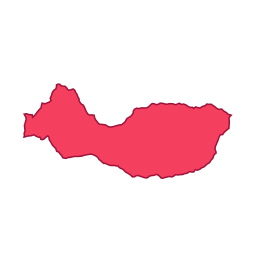 the district of Adamantina, São Paulo, Brazil, rotated 79°
{"feature_id": "56859067B23396794935323", "entity_name": "Adamantina", "entity_type": "district", "adm_level": 2, "iso_a3": "BRA", "parent_name": "Brazil", "parent_adm1": "São Paulo", "projection": "orthographic", "projection_center": [-51.067, -21.582], "detail": "fine", "context": "isolated", "style": "filled", "palette": "rose", "viewbox_px": 256, "rotation_deg": 79, "n_neighbors": 0, "source": "geoboundaries", "source_scale": "gbopen_adm2", "svg_char_len": 3075}
<svg xmlns="http://www.w3.org/2000/svg" viewBox="0 0 256 256"><g transform="rotate(79 128 128)"><path d="M169.4,46.3L167.7,46.2L165.7,46.7L163.0,45.9L161.2,44.6L159.8,43.8L158.3,42.7L156.5,41.6L154.6,40.6L152.2,38.7L152.6,36.4L150.5,34.3L149.6,32.6L148.6,31.1L147.6,29.0L145.4,28.5L141.7,27.4L138.9,27.1L137.3,27.0L136.2,25.8L135.1,24.2L134.2,26.0L133.4,27.4L131.8,28.3L130.7,29.6L129.3,31.0L127.3,32.4L127.0,35.4L125.5,37.3L124.0,38.4L122.4,40.0L120.5,41.9L120.3,43.8L119.5,46.1L120.8,47.9L121.0,50.7L122.2,53.7L121.1,55.9L120.2,57.7L121.3,59.8L120.0,60.7L119.7,62.7L118.8,64.3L117.7,65.5L116.4,66.7L115.1,68.8L115.0,71.2L113.5,72.8L113.9,74.9L114.3,76.8L112.7,79.5L112.0,82.9L112.1,85.3L111.4,87.3L110.3,89.5L109.7,91.8L110.4,93.4L110.6,95.5L109.1,97.9L108.6,99.6L109.8,101.7L111.2,103.9L111.8,106.1L111.6,107.7L111.1,109.6L110.8,111.7L111.0,113.7L110.2,115.7L110.9,118.2L112.5,119.6L114.4,120.1L115.8,121.5L117.1,123.1L117.8,125.3L118.4,127.0L119.7,128.3L121.3,129.6L122.6,131.8L123.6,133.8L123.3,135.8L123.5,138.6L123.8,141.6L123.8,144.7L123.1,146.9L121.8,148.2L120.6,149.7L119.7,152.2L119.1,154.2L118.6,155.7L116.1,157.0L113.5,158.4L111.4,158.8L109.0,158.8L108.2,161.1L108.0,163.2L106.5,164.9L103.9,165.8L101.9,166.3L100.1,166.6L98.3,167.1L96.7,167.8L95.7,169.2L93.7,170.2L92.1,170.8L89.9,170.5L87.8,171.3L85.1,171.7L82.9,172.7L81.0,172.9L79.2,174.4L79.6,177.2L79.7,179.0L78.2,180.1L76.4,180.8L74.9,182.0L74.5,184.2L73.5,185.7L72.0,186.7L71.6,188.4L72.0,190.0L73.7,190.3L75.8,191.3L76.5,193.0L77.9,194.9L79.6,196.0L81.6,197.0L84.0,198.7L86.5,198.3L87.5,200.3L88.4,204.7L87.2,207.6L89.4,208.7L91.4,209.4L92.5,210.9L94.1,212.9L95.8,214.9L97.5,216.7L99.2,219.5L96.8,219.5L95.9,222.7L94.6,224.9L94.6,227.3L96.4,226.7L98.5,226.1L100.3,226.4L102.3,227.5L104.0,228.2L105.6,229.2L107.6,229.3L109.1,229.5L110.9,229.5L113.5,231.0L115.3,231.1L117.1,231.8L116.8,228.7L116.8,227.1L117.1,225.2L116.8,221.3L118.1,220.3L119.5,218.4L120.5,216.0L122.5,215.7L123.2,214.1L122.7,212.3L121.4,210.4L120.4,208.2L122.3,207.3L124.5,207.6L126.4,206.7L130.3,205.5L134.3,202.9L137.3,202.4L138.6,200.4L140.1,199.9L141.4,199.0L142.8,198.3L144.9,197.6L146.0,194.7L145.5,192.2L145.8,190.6L145.7,188.3L145.7,186.0L146.2,183.6L146.6,180.9L146.8,178.4L146.4,176.3L146.4,173.2L146.5,170.8L146.7,168.8L148.0,166.6L149.2,165.0L151.1,163.3L153.4,162.4L155.0,161.0L156.6,159.9L158.2,158.5L158.4,156.8L159.9,155.0L161.1,153.0L161.8,151.0L162.1,148.8L162.8,147.2L163.4,145.2L165.3,143.9L166.4,142.7L167.2,141.1L169.1,139.9L171.1,138.4L172.8,136.3L174.6,134.5L176.8,133.1L177.1,130.9L176.5,129.3L176.5,127.5L177.4,125.7L178.4,124.0L179.6,121.8L180.5,119.8L180.5,118.1L179.4,116.5L179.2,114.3L179.4,111.7L179.0,108.6L181.5,106.0L183.2,105.3L183.9,103.8L183.7,101.3L183.6,99.5L183.4,97.1L184.4,94.3L184.0,92.4L182.9,90.3L183.6,87.9L183.8,85.2L184.1,83.0L183.6,81.3L183.7,78.8L182.6,75.8L183.3,74.0L183.7,71.9L181.8,69.9L182.7,67.6L182.0,64.8L181.1,63.3L180.8,61.2L179.8,59.3L178.5,57.2L177.6,54.6L175.6,52.8L173.9,50.5L172.3,49.6L170.6,48.5L169.4,46.3Z" fill="#f43f5e" stroke="#9f1239" stroke-width="1.5"/></g></svg>